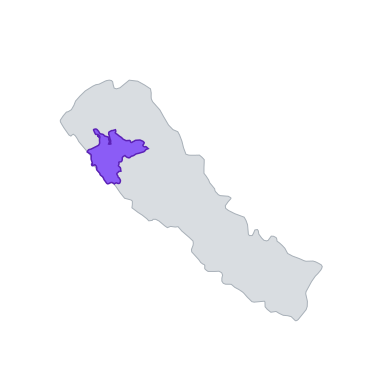 Bheri on a map of Nepal (Mercator projection), rotated 21°
{"feature_id": "NPL-1124", "entity_name": "Bheri", "entity_type": "District", "adm_level": 1, "iso_a3": "NPL", "parent_name": "Nepal", "parent_adm1": "", "projection": "mercator", "projection_center": [81.774, 28.487], "detail": "fine", "context": "in_parent", "style": "filled", "palette": "violet", "viewbox_px": 384, "rotation_deg": 21, "n_neighbors": 0, "source": "natural_earth", "source_scale": "10m", "svg_char_len": 5530}
<svg xmlns="http://www.w3.org/2000/svg" viewBox="0 0 384 384"><g transform="rotate(21 192 192)"><path d="M338.8,213.7L340.3,214.9L340.5,216.7L340.2,218.8L338.7,223.2L337.3,226.3L335.7,232.8L334.2,244.2L334.6,246.2L338.9,252.7L340.6,257.6L340.7,261.0L338.9,266.7L336.8,273.1L335.8,274.6L334.6,275.1L329.3,272.8L325.6,273.2L321.4,274.4L317.0,274.1L313.3,273.4L308.7,276.0L304.3,274.6L301.4,273.0L299.5,268.5L298.7,268.0L289.4,272.6L287.2,272.9L281.4,270.4L276.7,267.9L274.9,267.2L270.3,266.2L266.2,265.7L261.7,264.1L256.2,266.1L253.9,266.0L251.8,264.5L250.7,261.5L250.4,258.7L248.6,256.7L245.6,256.3L241.5,258.1L235.5,260.4L233.6,260.0L231.8,259.3L231.2,258.7L230.3,256.0L229.4,255.4L228.0,255.4L225.5,254.7L222.5,252.7L213.2,248.0L212.1,245.9L212.1,241.3L211.6,239.4L210.5,237.4L205.7,235.4L196.5,232.1L191.4,229.4L189.0,230.7L184.3,231.8L181.8,234.1L178.8,233.4L171.6,230.9L167.8,230.5L165.5,231.4L165.0,232.8L162.0,234.4L159.3,233.1L153.8,231.4L148.9,230.4L141.6,228.3L140.8,225.1L139.6,221.9L137.8,221.3L131.3,222.0L125.3,218.5L118.8,214.0L116.1,212.5L114.3,211.9L112.7,212.5L110.9,213.6L109.3,213.9L105.8,211.9L101.4,209.2L95.9,205.8L89.4,201.0L86.8,198.3L85.6,196.3L84.2,194.4L78.7,191.3L74.2,188.8L68.9,185.9L68.0,185.3L66.0,183.5L62.9,181.3L60.4,180.6L59.5,181.9L58.9,183.2L56.7,182.9L53.3,180.6L49.7,178.2L46.8,176.0L44.0,173.7L43.3,172.1L44.5,166.9L46.1,162.4L47.6,161.4L49.9,158.4L50.7,153.3L50.7,148.8L53.0,142.6L56.1,135.9L61.5,128.7L63.8,126.3L66.5,124.7L71.4,119.4L72.5,118.5L74.7,117.2L76.8,116.8L78.4,117.5L80.1,120.3L82.1,122.9L84.5,122.8L87.4,120.5L93.3,110.1L101.6,108.0L109.4,109.1L116.3,110.6L118.4,114.1L119.7,117.7L120.6,119.6L122.8,121.8L132.6,126.9L138.2,131.6L146.1,137.9L151.9,140.6L157.1,140.8L160.0,143.3L164.4,148.2L168.2,153.7L172.8,158.9L176.0,158.7L180.4,157.1L185.7,154.9L188.9,156.0L191.8,157.4L192.8,160.1L194.5,165.1L196.5,170.3L199.5,172.1L203.2,174.8L205.2,177.0L212.0,180.9L212.9,182.5L214.3,183.5L215.9,184.2L217.3,185.0L219.5,185.3L227.3,183.0L229.4,183.3L230.6,183.7L230.6,184.5L229.2,188.2L228.0,192.9L229.3,195.2L232.6,196.2L239.8,196.9L249.7,196.8L252.6,199.2L255.6,202.7L258.6,208.8L259.8,211.3L261.3,212.1L263.8,211.1L264.2,208.6L264.3,204.9L266.5,203.6L267.8,204.5L269.5,207.4L273.5,210.0L276.4,211.3L279.2,210.9L280.4,209.9L281.8,204.8L284.0,204.1L286.8,204.4L287.9,205.4L289.0,207.4L292.4,208.4L295.7,209.7L298.9,211.3L303.3,215.1L308.8,215.8L315.2,215.7L318.5,215.8L321.0,216.0L323.2,215.8L329.7,213.1L332.4,212.9L335.7,213.2L338.8,213.7Z" fill="#d9dde1" stroke="#a8b0b8" stroke-width="1"/><path d="M116.6,212.3L115.7,212.0L113.8,211.8L112.8,212.3L111.3,214.0L110.4,214.6L109.4,214.5L108.4,213.9L107.4,213.2L105.6,212.1L104.1,210.5L103.3,209.9L102.5,209.6L100.6,209.1L99.9,208.6L99.4,207.8L98.7,207.3L95.4,205.6L94.9,205.1L94.7,204.8L94.7,204.3L94.5,203.7L94.0,203.0L93.4,202.2L92.6,201.7L91.7,201.4L91.2,201.5L90.9,201.8L90.8,202.4L90.4,202.8L89.9,203.1L89.3,203.2L88.9,203.0L89.0,202.4L88.4,202.3L88.2,202.0L88.3,201.6L88.9,201.4L88.4,200.4L86.3,197.9L85.8,196.8L85.0,194.3L84.3,193.3L83.4,192.9L79.8,192.2L79.8,191.5L80.2,189.9L80.6,189.3L81.8,188.5L82.3,188.2L87.4,182.6L87.7,182.2L88.0,181.9L88.2,180.9L88.3,180.1L88.2,179.3L87.0,176.6L86.6,175.3L86.4,173.9L86.0,173.3L85.6,172.8L85.0,172.5L85.2,173.0L85.6,174.0L85.8,174.5L84.3,173.6L84.0,173.7L83.5,172.6L83.0,172.2L82.5,172.3L82.0,172.6L81.5,172.7L80.9,172.4L79.6,171.2L77.8,169.3L77.9,168.8L78.5,168.3L79.3,167.8L80.0,167.6L80.8,167.7L81.5,168.0L83.0,168.8L84.9,170.3L85.7,170.5L88.0,170.1L88.8,170.2L89.2,170.4L90.1,170.9L90.4,171.0L93.7,170.7L94.3,170.9L94.9,171.6L95.4,172.8L97.0,174.6L96.9,176.0L97.3,176.2L97.3,176.4L96.9,176.8L96.9,177.1L97.2,177.1L97.5,177.1L98.1,176.8L99.0,176.3L98.9,175.8L98.4,175.3L98.1,174.6L97.9,173.6L97.4,172.8L96.1,171.4L94.2,168.5L93.7,168.2L93.3,167.4L93.0,166.5L93.1,165.6L94.8,163.6L95.2,163.3L95.8,163.1L98.2,161.3L99.1,162.5L99.2,163.5L99.1,163.9L99.1,164.2L99.3,164.4L100.0,164.7L101.3,164.9L104.3,165.9L106.3,166.3L106.9,166.5L107.5,166.8L108.3,167.2L109.0,167.4L112.0,167.7L115.3,166.2L116.0,166.4L116.2,166.5L116.3,166.6L116.5,167.1L116.7,167.3L117.1,167.5L117.5,167.5L118.0,167.3L118.5,166.7L118.8,166.2L119.0,165.9L119.3,165.7L119.6,165.4L119.9,165.1L120.3,164.4L120.6,164.1L120.9,163.9L124.6,162.2L125.1,162.1L127.9,162.2L129.6,162.9L129.7,163.4L129.8,163.8L129.8,164.2L129.7,164.6L129.6,164.9L129.5,165.2L129.4,165.6L129.4,165.9L129.5,166.1L129.6,166.4L129.9,166.5L130.6,166.8L130.9,166.9L131.3,166.9L131.7,166.8L132.0,166.6L132.5,166.2L133.3,166.3L135.6,167.2L133.9,168.8L133.4,169.9L133.3,170.5L132.9,171.2L132.5,171.8L128.5,174.9L126.4,176.3L126.0,176.7L124.6,178.7L123.9,179.4L123.4,179.8L122.7,180.2L122.5,180.5L122.3,180.8L121.5,182.3L120.6,182.8L119.0,182.9L118.5,182.8L118.0,182.7L116.3,182.0L115.0,183.6L114.8,184.2L114.6,184.9L114.7,185.2L115.2,186.5L115.4,187.1L115.4,188.0L115.3,188.6L115.1,189.0L114.8,189.3L114.7,189.4L113.7,189.8L113.4,190.0L113.1,190.3L113.1,190.6L113.2,191.0L113.5,191.2L113.7,191.6L113.8,192.1L113.8,193.6L114.0,194.0L116.3,194.9L117.0,195.8L117.4,196.7L118.2,198.0L116.3,199.1L115.8,200.5L115.3,201.3L115.2,201.7L115.4,202.2L115.6,202.5L116.8,203.4L117.1,203.7L117.7,204.5L118.0,204.8L118.3,204.9L118.6,204.9L118.9,204.9L119.2,205.1L120.9,206.6L121.2,207.2L121.3,207.7L121.4,208.4L121.3,209.3L121.3,209.5L121.2,209.7L121.1,209.9L120.8,210.1L120.6,210.3L120.2,210.4L119.5,210.6L119.1,210.6L118.5,210.5L118.3,210.5L118.1,210.6L117.9,210.7L116.8,211.8L116.6,212.3L116.6,212.3Z" fill="#8b5cf6" stroke="#5b21b6" stroke-width="1.5"/></g></svg>